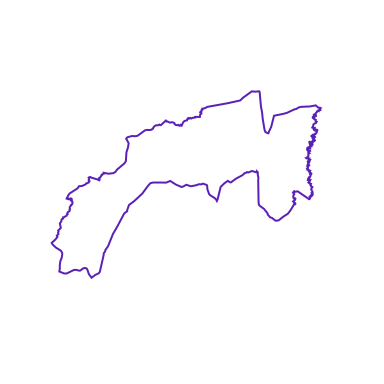 outline of Khong, Nakhon Ratchasima, Thailand, rotated 318°
{"feature_id": "78962969B53698738904765", "entity_name": "Khong", "entity_type": "district", "adm_level": 2, "iso_a3": "THA", "parent_name": "Thailand", "parent_adm1": "Nakhon Ratchasima", "projection": "orthographic", "projection_center": [102.346, 15.409], "detail": "fine", "context": "isolated", "style": "outline", "palette": "violet", "viewbox_px": 384, "rotation_deg": 318, "n_neighbors": 0, "source": "geoboundaries", "source_scale": "gbopen_adm2", "svg_char_len": 6090}
<svg xmlns="http://www.w3.org/2000/svg" viewBox="0 0 384 384"><g transform="rotate(318 192 192)"><path d="M53.7,135.9L53.3,137.8L53.7,142.4L55.3,147.9L54.8,150.3L53.7,151.7L50.8,153.9L48.0,155.2L44.9,157.8L42.4,160.6L40.2,162.3L42.4,166.9L44.4,168.7L52.0,170.9L53.7,172.2L55.5,174.9L56.4,175.6L60.1,176.0L61.2,176.5L62.1,177.4L62.5,178.5L62.2,179.9L60.4,184.1L60.0,188.5L64.6,188.9L68.2,190.0L70.0,189.7L83.8,180.0L85.6,178.4L87.3,178.2L89.0,177.1L93.4,176.1L105.2,170.3L113.6,167.6L126.1,163.0L127.4,162.6L131.0,162.9L131.5,162.2L136.5,159.5L143.0,160.1L154.1,159.9L163.4,158.0L167.0,157.6L169.5,159.0L179.2,167.8L183.2,169.2L185.0,175.7L187.6,181.3L189.3,182.1L192.6,182.8L195.0,187.0L200.2,190.1L202.3,190.8L204.2,192.7L205.6,193.0L206.1,193.7L207.6,196.7L207.6,197.3L205.3,200.2L203.3,205.1L203.4,206.7L204.8,211.8L204.9,213.7L204.5,215.3L206.1,214.6L216.7,207.4L221.8,207.2L226.1,207.7L226.8,210.4L227.4,210.9L233.6,211.5L240.4,213.2L244.0,213.3L245.5,214.1L246.2,214.0L247.0,215.2L250.6,216.5L253.0,220.4L253.9,220.0L253.7,220.6L254.1,221.3L251.7,224.2L251.2,225.5L249.1,227.5L234.5,244.3L233.2,246.3L233.1,247.4L234.2,252.7L233.9,258.4L233.2,259.3L233.1,263.1L234.1,264.7L234.8,269.0L235.7,270.0L237.6,271.1L243.2,271.4L248.7,272.3L252.6,271.6L259.0,269.7L259.4,269.3L260.4,270.1L260.9,270.0L261.2,269.5L260.8,266.7L262.8,266.9L264.4,266.2L264.4,265.6L263.3,264.9L263.5,264.0L265.1,262.3L266.5,262.1L267.0,261.1L266.6,260.1L268.2,259.7L268.6,259.9L268.5,260.7L271.0,262.2L274.2,275.7L275.1,275.9L276.2,275.0L276.2,274.5L277.0,274.8L277.4,274.1L278.4,274.2L278.3,275.1L279.9,274.8L280.4,274.2L279.8,273.6L280.3,273.4L280.3,272.8L281.3,273.0L281.8,272.3L281.9,270.9L282.5,270.3L282.5,269.6L283.5,269.0L284.6,269.1L284.8,268.7L284.4,268.1L284.4,266.7L284.9,266.6L285.1,265.9L285.7,265.6L285.2,265.2L285.4,264.6L285.0,264.2L284.9,263.1L285.7,263.3L286.3,263.0L285.8,262.6L286.4,262.1L287.5,262.1L286.9,261.5L287.2,260.9L286.4,261.4L286.1,260.8L286.7,260.7L286.8,260.1L287.3,259.8L287.9,259.8L288.1,260.3L288.3,259.7L288.9,259.9L289.0,259.4L290.1,259.6L290.7,259.4L291.4,258.9L291.5,258.2L292.0,258.3L292.4,257.9L292.7,258.4L293.0,258.3L293.0,257.4L292.4,257.2L292.2,256.5L292.7,255.9L293.1,256.0L293.2,255.1L293.7,255.1L293.6,254.4L292.8,254.6L292.9,253.9L293.4,254.1L292.7,252.8L293.1,252.6L293.0,251.6L293.4,251.5L293.9,252.0L294.4,251.4L295.8,250.8L295.2,249.9L295.7,249.8L296.3,250.1L296.2,249.6L296.8,249.8L296.7,249.3L297.3,249.3L297.5,248.9L298.3,248.6L297.7,248.1L298.1,247.6L298.5,248.1L298.1,247.2L298.3,246.9L298.6,246.8L298.7,247.2L299.1,247.1L298.8,247.7L299.1,248.0L300.0,247.7L300.1,247.3L299.7,247.1L300.2,246.7L300.7,247.3L301.4,247.1L300.8,246.0L301.5,245.6L300.9,245.1L301.1,244.1L300.4,243.7L300.3,244.4L299.9,244.2L299.6,243.0L302.0,243.5L303.1,242.3L303.5,242.4L304.3,241.2L305.2,241.6L305.1,241.1L305.7,240.1L307.2,240.5L307.3,240.0L306.8,239.1L306.0,239.1L306.8,238.2L305.8,238.1L305.8,237.5L306.2,237.1L307.0,237.6L307.4,237.2L307.6,236.4L308.3,236.6L307.9,237.4L308.7,237.7L309.1,238.6L310.8,236.5L311.4,237.0L311.8,236.8L311.8,237.6L312.6,237.0L312.8,237.6L313.3,237.5L314.1,236.2L312.9,236.4L311.7,234.9L312.7,233.3L313.1,233.4L314.1,235.1L315.2,235.0L314.9,235.8L317.8,236.0L318.0,235.5L317.0,234.2L318.2,234.0L318.5,233.4L317.7,233.2L317.7,232.4L318.5,232.4L319.1,233.4L319.7,233.6L320.2,233.5L320.3,232.6L319.5,232.4L319.3,231.4L318.5,231.7L318.2,230.3L320.2,230.3L321.1,231.2L322.2,231.0L322.6,231.6L324.7,231.1L325.0,229.8L325.8,230.3L326.5,230.0L326.4,229.2L325.3,229.2L324.2,228.1L324.4,226.9L325.7,227.1L326.1,226.6L325.1,226.1L325.4,225.2L324.7,225.0L324.5,224.6L325.8,224.2L327.6,223.0L329.2,223.2L330.1,223.7L331.7,223.2L331.3,221.9L332.3,221.1L331.7,220.1L331.4,217.7L331.7,217.2L332.8,217.0L333.3,218.3L334.2,217.8L335.1,218.4L335.5,217.8L334.4,216.9L334.5,216.1L335.9,216.6L337.1,216.1L338.0,216.3L338.4,215.9L339.7,215.7L340.2,216.5L340.5,216.0L341.1,216.0L341.1,215.4L341.6,216.7L342.2,217.0L342.6,216.0L343.8,215.8L343.6,215.4L342.9,215.5L343.0,214.6L342.3,213.8L341.9,210.4L337.1,207.5L329.9,201.6L327.7,200.5L325.1,200.1L323.4,199.1L315.5,196.7L312.1,195.0L304.0,190.2L294.6,196.5L289.4,198.7L288.6,199.3L288.0,199.4L287.4,198.6L286.7,196.4L287.6,194.2L293.6,184.8L297.5,179.5L300.3,174.8L309.2,162.9L309.3,162.1L306.4,160.0L303.7,157.2L293.1,156.1L289.0,156.2L277.6,149.7L260.2,138.9L258.5,138.6L256.1,137.6L255.5,137.0L254.8,137.7L254.3,137.3L253.9,137.5L252.7,138.7L252.1,138.1L251.4,138.2L251.3,140.0L249.9,139.9L248.0,141.5L245.4,138.9L244.8,138.6L244.5,138.8L244.3,138.4L244.1,138.6L241.8,137.2L240.6,136.9L240.2,135.8L239.6,135.8L239.3,135.0L238.6,134.6L238.3,135.2L237.1,134.7L236.2,135.4L234.0,134.2L232.0,134.3L228.7,135.8L228.4,134.5L227.7,134.7L227.5,134.3L226.9,134.2L226.7,132.9L225.6,132.4L224.8,131.3L224.5,129.8L225.0,129.2L224.9,128.4L223.8,126.7L222.4,126.0L221.8,125.3L220.9,123.0L220.3,122.7L220.4,121.4L214.1,121.5L213.2,121.2L212.8,120.0L211.6,119.8L209.7,118.3L208.6,118.0L206.7,118.2L205.4,118.8L205.1,118.5L203.7,118.7L201.9,117.5L199.8,115.5L198.2,114.7L189.1,113.8L186.7,112.2L185.0,110.3L180.6,108.1L178.8,108.3L177.6,113.3L174.5,115.9L169.9,118.6L163.5,124.8L161.1,125.5L151.1,125.2L148.8,125.8L146.2,125.4L142.0,122.4L139.2,118.6L138.6,119.4L137.8,119.0L136.5,119.2L136.3,118.8L134.1,119.7L132.3,119.5L132.2,120.2L131.4,120.5L131.4,121.1L130.8,121.2L130.3,119.6L126.9,114.2L126.5,112.8L125.3,112.2L124.7,112.2L124.4,113.3L123.2,114.0L123.1,114.6L122.8,114.7L123.0,115.4L121.6,115.8L119.5,115.2L119.2,114.8L118.0,115.1L114.2,113.9L112.0,112.1L109.4,112.7L100.0,111.2L98.5,111.5L94.4,113.0L95.3,114.7L95.6,114.7L95.8,114.1L96.6,115.5L97.7,115.7L98.0,116.4L97.8,116.9L96.4,116.6L96.3,117.2L96.9,118.6L96.1,119.5L96.1,120.0L94.8,120.9L93.3,120.7L93.1,121.1L91.1,121.4L90.3,122.2L90.0,123.0L89.2,123.1L88.7,124.0L88.0,124.3L86.3,123.9L85.4,124.2L84.7,125.2L84.2,124.9L83.1,125.7L79.6,125.0L79.3,124.6L78.3,125.5L77.4,125.1L76.4,125.3L75.4,126.3L72.7,127.0L70.5,130.9L66.7,131.1L66.5,132.0L65.1,132.7L64.6,133.9L62.3,134.0L62.0,135.3L58.6,135.9L53.7,135.9Z" fill="none" stroke="#5b21b6" stroke-width="2"/></g></svg>